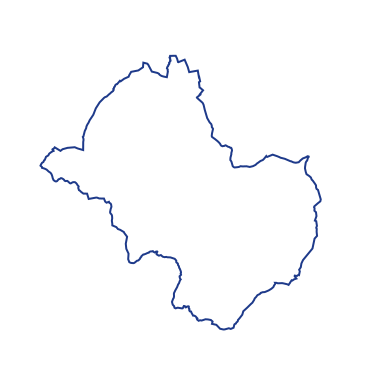 the district of Varciorog, Bihor, Romania, rotated 39°
{"feature_id": "2599482B6130450943921", "entity_name": "Varciorog", "entity_type": "district", "adm_level": 2, "iso_a3": "ROU", "parent_name": "Romania", "parent_adm1": "Bihor", "projection": "mercator", "projection_center": [22.291, 46.961], "detail": "fine", "context": "isolated", "style": "outline", "palette": "blue", "viewbox_px": 384, "rotation_deg": 39, "n_neighbors": 0, "source": "geoboundaries", "source_scale": "gbopen_adm2", "svg_char_len": 5971}
<svg xmlns="http://www.w3.org/2000/svg" viewBox="0 0 384 384"><g transform="rotate(39 192 192)"><path d="M308.3,274.0L309.7,271.3L308.3,268.3L308.5,267.4L308.9,266.6L308.6,265.5L308.9,264.2L308.8,263.4L308.3,262.6L308.4,260.3L308.3,255.7L306.9,252.4L307.7,247.1L308.3,241.7L308.6,240.1L308.2,236.8L307.7,235.2L307.9,233.2L307.8,231.8L307.8,230.9L308.9,228.6L308.9,227.1L309.4,226.6L309.7,225.7L311.4,224.1L311.8,223.5L313.5,220.3L314.6,217.2L315.0,215.0L315.0,214.2L314.6,213.2L314.5,211.3L314.1,210.3L313.8,210.2L314.7,209.5L316.2,208.9L319.4,206.1L319.5,206.1L320.1,205.7L324.0,203.8L325.5,203.4L325.4,202.9L325.4,201.5L325.1,199.4L325.0,197.9L325.7,197.7L326.3,195.6L327.6,193.6L324.7,192.8L324.5,192.3L325.9,191.5L326.5,191.0L327.0,188.9L327.3,188.9L325.7,185.8L324.2,185.0L323.9,182.0L322.0,178.7L321.1,175.0L321.2,160.1L316.6,151.1L316.8,147.4L313.9,144.5L312.1,142.1L311.1,141.7L310.4,139.7L306.9,136.5L305.5,136.9L303.9,132.4L301.1,129.7L298.9,129.5L297.4,127.4L296.4,127.0L296.1,126.1L296.9,121.5L297.6,118.5L296.7,116.7L288.6,111.1L286.9,111.2L285.7,110.5L284.2,108.8L282.4,108.2L278.9,107.2L277.1,107.0L275.8,106.2L275.2,105.9L273.0,105.8L269.8,106.1L267.9,104.9L264.9,102.5L264.0,101.2L261.9,97.6L261.6,96.3L261.7,95.1L260.6,92.5L260.6,91.2L260.2,91.0L259.3,91.5L258.5,93.6L257.0,96.2L256.4,99.3L256.2,101.7L254.3,103.9L252.8,104.8L251.6,105.3L249.8,105.7L249.2,106.1L243.2,107.8L239.1,109.7L238.3,109.8L235.9,110.5L231.2,112.2L228.3,117.5L227.6,117.6L227.1,117.4L227.1,120.8L226.9,122.6L225.7,124.8L224.9,127.9L224.6,128.7L224.3,131.0L223.1,133.6L221.1,136.2L218.2,137.7L215.2,140.3L213.5,141.4L212.7,143.0L211.8,144.0L209.7,146.1L208.8,146.4L207.4,146.3L206.7,145.8L203.7,143.7L202.5,143.2L201.8,143.1L201.1,142.3L200.0,140.6L199.8,140.0L198.7,137.7L198.1,137.1L197.0,134.6L196.0,133.7L194.9,133.1L194.4,133.1L194.0,133.5L192.7,133.6L191.3,134.2L189.4,134.4L188.7,134.6L188.4,135.0L188.2,135.7L186.8,137.3L185.5,137.6L184.6,137.4L183.6,136.9L182.1,136.6L180.0,136.4L176.4,136.4L173.0,136.6L172.1,136.1L170.7,133.9L168.6,129.7L167.8,129.4L166.6,129.1L165.6,128.0L164.2,127.1L161.9,126.8L157.3,125.0L150.2,120.1L146.2,117.0L144.6,116.2L143.9,116.0L136.9,115.7L136.3,115.4L137.2,111.2L136.6,111.2L136.6,106.0L133.1,105.9L132.1,106.0L128.3,102.3L128.7,100.9L125.2,98.1L125.1,98.4L120.1,94.0L114.4,100.6L110.0,97.5L103.0,93.8L99.7,99.7L99.4,99.8L96.4,97.7L93.6,96.4L89.3,100.0L89.4,100.3L89.7,100.4L89.8,101.0L90.1,101.3L90.1,101.7L90.3,101.7L90.7,101.6L91.0,102.0L90.9,102.2L91.5,102.7L92.1,102.9L92.5,103.7L92.4,103.9L92.5,104.1L92.8,104.0L92.9,105.6L93.2,105.9L93.3,106.1L93.1,106.3L93.4,106.6L93.6,106.6L93.7,106.9L93.8,107.1L93.7,108.2L94.0,108.5L94.0,108.9L94.2,109.2L94.1,109.6L94.2,109.8L94.2,110.6L94.7,111.7L96.0,112.0L97.0,113.3L97.4,113.5L100.2,118.6L97.6,120.0L95.5,120.9L94.0,121.2L92.5,121.2L92.0,120.9L90.3,121.2L85.0,123.7L77.8,120.6L76.5,120.4L72.8,122.1L75.4,125.9L73.8,131.3L69.1,136.9L69.7,140.8L70.2,142.3L68.0,146.7L66.9,150.9L66.0,150.9L65.9,155.3L65.5,155.6L65.2,156.6L65.2,157.5L65.7,158.7L65.5,159.7L66.1,160.7L66.0,161.1L66.0,161.5L66.6,161.6L67.0,162.3L67.0,162.7L67.1,163.4L66.9,163.8L66.9,164.3L66.6,164.9L66.3,167.3L66.1,168.0L65.6,171.6L64.8,172.8L64.4,174.1L63.8,180.4L64.6,187.5L66.7,194.1L67.3,200.6L68.0,203.3L68.2,205.3L68.7,207.4L69.6,209.1L70.3,212.1L72.6,217.1L72.5,217.9L74.1,218.9L75.0,219.9L76.0,221.6L81.0,227.9L75.8,230.1L72.7,231.0L67.5,236.0L64.5,240.2L63.9,242.8L57.2,243.7L57.3,245.1L56.7,246.5L56.8,246.8L58.3,247.0L58.6,247.2L58.1,247.9L57.3,250.3L56.9,252.1L57.3,254.0L56.4,256.5L57.4,259.7L57.1,260.6L57.5,261.6L57.6,262.3L57.1,263.6L57.3,265.5L57.7,266.9L59.7,267.0L60.2,267.6L62.7,266.6L64.9,266.1L67.8,266.3L69.9,266.1L71.7,266.6L73.5,267.7L75.2,269.0L77.0,269.9L78.7,269.8L79.5,269.5L80.0,269.0L80.3,268.3L80.3,266.1L81.0,265.1L81.3,263.9L81.9,263.4L82.6,263.2L84.0,263.0L85.1,263.1L85.9,263.4L86.9,263.1L87.5,262.4L88.2,261.8L91.4,262.0L92.0,261.9L92.5,261.3L93.1,259.6L94.0,258.6L95.0,258.0L96.4,258.0L97.7,258.3L99.0,258.8L99.7,258.8L100.4,259.0L101.0,260.4L103.0,261.7L103.9,261.5L105.6,261.7L108.6,261.6L111.5,259.3L116.1,262.4L120.9,256.8L121.8,256.1L124.0,255.4L127.7,252.5L130.6,254.1L132.3,254.1L133.6,251.9L134.4,252.4L136.1,252.2L137.1,252.7L138.7,254.2L139.6,256.6L141.0,259.2L142.0,259.9L143.5,260.1L144.4,260.5L145.0,261.0L146.5,262.6L147.8,264.8L149.9,266.7L151.1,268.1L155.3,266.9L157.7,267.4L160.0,266.6L164.3,266.0L165.3,266.5L169.7,267.6L173.1,273.9L176.7,277.5L181.4,279.8L182.3,281.0L184.7,284.4L187.5,286.0L189.2,285.5L191.2,284.2L191.6,283.7L191.9,283.0L192.5,280.1L193.4,278.9L193.6,276.3L193.2,275.5L193.4,274.4L193.1,273.8L193.5,271.2L194.0,270.8L195.2,268.7L195.5,268.0L196.3,266.6L196.6,266.4L196.6,265.4L197.1,264.4L198.0,263.6L198.8,262.6L199.5,262.8L201.2,262.4L201.6,260.9L202.3,260.2L202.7,260.3L202.8,261.2L203.4,262.4L203.7,262.7L206.1,262.4L206.5,262.1L207.5,260.6L209.9,260.7L211.7,259.9L212.9,258.6L213.8,258.3L216.4,256.4L220.6,254.8L222.9,255.2L223.9,256.4L224.1,256.5L226.0,256.5L227.0,257.5L228.4,257.9L229.8,259.0L230.6,259.2L232.9,260.5L233.9,261.2L234.3,261.8L234.4,262.4L235.6,263.2L235.4,265.3L236.3,266.2L237.4,266.9L238.2,267.0L238.2,267.5L238.6,269.3L239.3,271.0L239.4,272.6L240.3,275.3L240.9,278.8L241.6,281.7L242.0,282.5L243.6,284.3L244.4,285.7L244.6,287.1L245.6,290.0L247.9,291.7L250.0,292.0L251.1,292.9L251.3,293.0L252.5,292.7L253.7,290.9L257.4,288.8L257.9,288.3L257.9,287.5L257.6,286.7L257.4,285.7L257.8,285.4L258.6,285.2L259.6,285.7L260.0,285.2L259.9,284.9L260.4,283.9L261.3,283.0L261.6,283.0L261.9,283.3L262.0,283.7L262.8,284.4L263.6,284.5L263.8,284.7L263.9,285.2L264.2,285.4L264.4,285.7L264.9,285.8L265.3,286.1L266.5,285.5L267.5,286.1L270.7,287.4L271.3,286.8L272.9,286.4L275.5,286.8L275.3,287.3L276.3,287.9L278.2,287.9L278.7,287.0L279.3,286.4L280.4,285.8L282.6,282.4L284.6,281.0L287.2,279.6L289.5,279.7L290.5,281.9L294.5,279.9L299.9,280.6L302.9,279.1L303.9,278.2L306.4,274.7L308.3,274.0Z" fill="none" stroke="#1e3a8a" stroke-width="2"/></g></svg>